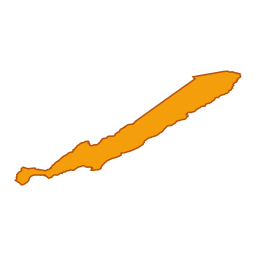 outline of Skeiða- og Gnúpverjahreppur, Suðurland, Iceland
{"feature_id": "244011B10209439874100", "entity_name": "Skeiða- og Gnúpverjahreppur", "entity_type": "district", "adm_level": 2, "iso_a3": "ISL", "parent_name": "Iceland", "parent_adm1": "Suðurland", "projection": "natural_earth1", "projection_center": [-19.543, 64.398], "detail": "fine", "context": "isolated", "style": "filled", "palette": "amber", "viewbox_px": 256, "rotation_deg": 0, "n_neighbors": 0, "source": "geoboundaries", "source_scale": "gbopen_adm2", "svg_char_len": 5650}
<svg xmlns="http://www.w3.org/2000/svg" viewBox="0 0 256 256"><path d="M193.0,76.8L195.0,78.9L168.6,97.6L135.6,121.2L135.6,121.5L134.6,122.3L134.5,122.6L134.1,122.8L134.0,123.1L133.0,123.6L133.1,123.9L132.3,124.2L130.4,124.3L129.5,124.6L128.8,124.5L127.7,124.9L127.4,125.1L127.1,125.4L125.9,126.1L124.9,126.4L124.8,126.6L125.0,126.8L124.9,127.3L124.1,127.4L123.8,127.7L123.1,127.8L122.4,128.6L120.4,129.3L119.6,130.7L119.7,130.9L119.6,131.4L118.8,131.9L117.5,132.3L117.4,132.4L117.3,132.7L116.8,132.9L116.6,133.0L116.4,133.4L115.3,133.9L114.9,134.7L115.0,135.2L114.6,135.7L113.1,136.2L112.8,136.0L112.0,136.3L111.2,136.1L110.0,136.2L109.0,136.1L108.4,136.3L108.5,136.5L107.5,136.6L107.5,136.8L107.0,137.6L105.8,138.2L104.0,138.4L103.5,138.4L102.7,138.9L102.2,139.0L102.0,139.5L102.0,139.8L101.4,140.3L100.8,140.7L100.9,141.2L100.8,141.4L100.3,141.8L100.2,142.1L99.3,142.7L99.1,143.0L98.2,143.9L97.7,144.2L97.3,144.6L96.2,144.9L95.5,144.9L95.3,144.7L94.7,145.0L93.5,144.9L92.9,145.4L91.9,145.7L91.7,145.6L91.3,145.6L90.4,145.5L90.0,145.1L89.8,144.6L89.5,144.4L89.4,143.8L88.5,143.5L88.3,143.3L88.8,142.9L88.9,142.6L88.6,142.3L88.8,141.7L88.7,141.5L88.1,141.6L87.8,141.4L87.7,141.3L87.7,141.2L85.0,141.6L84.8,141.9L83.0,142.8L81.6,142.7L81.0,143.2L80.4,143.4L80.4,143.6L80.2,143.8L79.6,144.1L78.9,144.9L78.2,145.1L77.6,145.5L77.3,145.9L76.9,146.1L76.5,147.0L75.1,148.3L74.7,148.9L73.2,149.8L73.6,150.4L73.2,150.5L73.0,151.0L72.6,151.4L72.7,151.7L72.5,151.9L71.9,152.2L70.9,152.1L70.4,152.3L70.1,152.7L68.8,152.9L67.9,153.5L67.7,153.7L67.2,154.1L66.9,154.5L66.3,155.0L65.3,155.4L65.0,155.6L64.3,155.7L63.3,156.7L62.3,157.2L62.0,157.3L61.7,157.8L61.2,158.2L61.1,158.5L60.0,159.4L59.6,159.9L58.8,160.4L58.6,160.8L58.3,160.8L57.8,161.0L57.2,161.6L56.7,161.7L56.1,162.2L55.2,162.9L55.1,163.3L54.4,163.7L54.3,164.4L52.8,165.0L52.6,165.4L52.2,165.7L52.0,166.5L51.3,167.2L50.7,167.5L50.8,167.7L51.1,167.9L50.9,168.4L49.7,168.7L49.1,169.4L48.8,169.5L47.3,169.6L45.8,170.7L44.7,170.6L43.7,170.3L42.0,170.2L40.2,169.8L39.6,169.9L39.3,169.6L38.6,169.5L38.2,169.2L37.7,169.5L36.0,169.3L35.3,169.0L35.2,168.2L34.2,168.1L29.5,168.5L29.0,168.6L28.5,168.9L24.8,167.8L23.6,167.3L23.0,167.3L21.3,168.6L21.3,169.4L21.7,170.3L21.5,170.8L18.6,172.4L18.0,173.1L17.6,174.1L16.8,174.5L17.0,176.2L16.7,176.9L16.3,177.3L16.3,177.5L16.4,177.8L16.9,178.4L16.9,178.7L16.4,179.2L16.0,180.0L15.4,180.4L17.2,181.4L17.9,182.0L19.5,182.8L21.4,184.8L22.9,184.6L23.9,184.3L24.4,184.0L26.9,182.4L27.9,181.4L28.4,180.8L28.8,180.1L29.3,178.3L30.2,177.0L30.9,176.3L33.2,175.3L34.5,175.0L39.4,175.0L40.0,175.1L41.0,175.2L42.7,175.0L44.7,175.0L44.4,175.5L46.2,176.2L47.4,177.0L47.7,177.5L48.7,177.9L48.9,178.2L49.1,178.0L51.6,177.3L52.8,175.9L53.9,175.1L54.5,174.9L57.2,175.1L57.8,174.9L58.8,174.4L60.2,173.3L60.8,173.1L62.2,173.3L62.3,173.2L62.5,172.7L63.2,172.2L64.4,171.9L65.2,171.9L66.5,171.0L67.6,170.6L68.4,170.7L69.8,170.3L70.0,170.2L70.4,169.7L72.8,170.2L73.7,170.2L74.2,170.0L75.6,168.8L76.1,168.6L76.7,168.1L78.2,167.1L80.2,166.7L81.0,166.5L81.7,166.0L82.7,165.8L84.1,165.8L84.9,166.2L85.2,166.6L87.0,167.2L89.3,167.0L90.6,167.1L91.4,167.4L92.1,167.7L92.4,168.1L91.7,168.4L91.5,168.7L91.5,169.1L91.4,169.5L91.6,169.8L91.1,170.1L91.8,170.4L93.9,170.3L94.9,169.8L95.8,169.9L97.5,169.7L98.6,169.7L99.7,169.1L100.6,168.8L101.0,168.4L101.1,167.3L101.6,166.4L103.4,164.2L104.1,163.7L104.6,162.7L105.8,162.1L107.2,160.6L108.0,160.3L112.5,158.3L116.0,157.4L118.9,156.3L120.7,155.4L121.0,155.2L121.1,154.8L121.1,154.4L120.8,153.5L120.9,153.3L121.3,153.1L124.9,152.7L126.0,152.3L127.1,151.9L129.5,151.3L133.2,149.8L138.3,147.5L140.4,146.0L142.8,144.5L143.3,143.9L143.4,143.1L144.3,142.2L144.3,141.3L144.7,140.8L145.6,140.1L146.6,139.5L146.7,139.3L146.9,139.0L148.8,138.0L151.2,137.3L152.1,136.8L155.3,136.0L156.4,135.3L157.0,135.2L159.0,133.8L159.9,132.9L161.7,132.1L162.3,131.6L162.9,130.9L163.9,129.5L164.2,129.0L165.3,128.3L165.9,127.5L167.7,125.9L169.2,125.6L170.4,125.6L171.2,125.5L172.0,125.1L173.4,124.0L174.3,123.7L175.1,123.1L175.8,122.3L176.5,121.7L176.9,121.1L179.4,120.5L180.8,120.0L183.0,119.4L184.3,119.4L185.8,118.6L186.8,117.0L188.1,116.1L188.1,115.8L187.9,115.3L187.5,114.9L187.1,114.8L186.4,114.8L186.1,114.6L186.6,113.8L188.1,112.6L188.9,112.3L191.1,112.5L191.6,112.4L192.7,111.9L194.5,111.5L196.1,110.1L196.3,109.8L196.9,109.2L197.3,108.9L198.4,108.6L198.8,108.1L200.0,107.6L200.3,107.5L200.5,107.1L201.6,106.4L202.4,106.2L204.6,106.2L205.2,106.0L205.6,105.5L205.5,104.3L205.6,104.2L206.8,103.9L208.3,103.3L209.3,103.3L209.9,102.9L210.7,102.6L211.2,102.3L211.4,102.0L212.1,101.3L213.0,100.8L213.9,100.1L214.6,99.7L214.8,99.1L214.8,98.7L215.0,98.3L215.5,97.9L216.7,97.5L217.9,97.6L218.3,97.5L218.6,97.3L219.0,96.7L220.5,95.5L221.1,95.2L224.1,94.5L224.3,94.3L225.1,93.9L225.3,93.6L225.5,93.5L226.6,93.5L226.9,93.4L228.7,92.0L228.8,91.8L228.8,91.4L229.1,91.0L228.9,90.6L229.0,90.5L229.5,90.3L230.7,90.3L231.3,89.6L231.3,89.2L231.6,88.9L231.7,88.5L232.0,88.2L232.5,88.0L232.1,87.6L232.2,87.3L232.5,86.9L232.4,86.5L232.9,86.2L233.0,86.0L233.0,85.6L233.1,85.4L233.6,85.2L233.1,84.6L233.3,84.4L233.4,83.6L234.1,83.2L234.9,82.9L234.8,82.6L235.1,82.3L235.6,82.1L236.1,82.2L236.5,81.9L236.5,81.6L236.3,81.3L236.4,81.2L237.1,81.0L237.3,80.7L237.1,80.3L237.1,80.1L237.3,80.0L237.4,79.6L237.8,79.4L237.7,78.9L237.8,78.8L237.7,78.6L239.0,77.9L239.6,77.4L240.5,77.0L240.6,75.9L240.1,75.0L240.1,74.0L239.8,73.8L238.9,73.6L238.5,73.7L237.9,73.4L237.4,73.3L237.2,73.0L236.2,73.1L235.2,72.7L234.2,72.6L233.8,72.4L233.6,72.1L232.4,72.0L232.1,71.8L230.6,72.1L230.1,72.1L229.2,71.9L228.8,71.5L227.8,71.5L227.3,71.2L223.0,71.6L193.0,76.8Z" fill="#f59e0b" stroke="#b45309" stroke-width="1.5"/></svg>